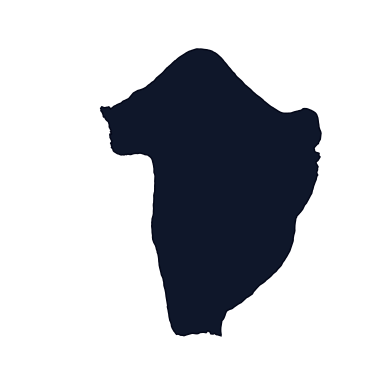 May Aini, Debub, Eritrea, rotated 109°
{"feature_id": "51966322B38754897924097", "entity_name": "May Aini", "entity_type": "district", "adm_level": 2, "iso_a3": "ERI", "parent_name": "Eritrea", "parent_adm1": "Debub", "projection": "mercator", "projection_center": [39.05, 14.783], "detail": "fine", "context": "isolated", "style": "filled", "palette": "ink", "viewbox_px": 384, "rotation_deg": 109, "n_neighbors": 0, "source": "geoboundaries", "source_scale": "gbopen_adm2", "svg_char_len": 5933}
<svg xmlns="http://www.w3.org/2000/svg" viewBox="0 0 384 384"><g transform="rotate(109 192 192)"><path d="M318.5,117.8L317.5,118.0L314.7,119.4L312.8,120.1L310.8,120.7L304.0,121.9L302.4,121.2L301.2,120.9L300.0,120.8L297.9,120.7L296.3,120.8L293.5,120.6L293.1,120.3L292.3,119.8L290.8,118.4L289.6,116.7L288.9,116.0L286.8,114.7L282.7,111.7L280.4,109.5L279.6,109.1L278.4,108.4L275.1,106.7L273.9,106.0L272.9,104.9L271.4,103.8L270.2,102.9L268.9,101.9L268.2,101.7L266.5,101.5L263.4,100.2L262.8,100.0L258.1,97.9L254.5,95.1L252.6,93.9L251.1,93.3L247.9,91.2L245.8,90.0L242.7,88.7L239.6,86.7L237.1,85.9L233.2,84.1L231.9,83.7L229.2,83.4L226.5,82.5L223.5,81.9L222.6,81.6L215.8,80.4L205.8,80.5L204.6,80.7L202.8,81.3L199.9,81.8L196.5,82.0L194.8,82.3L193.4,82.9L190.2,83.9L188.4,84.3L187.0,84.6L185.5,84.8L183.2,85.3L182.1,85.0L180.6,85.1L177.7,83.8L176.8,83.5L175.8,83.0L173.5,82.2L172.3,81.8L167.8,81.3L165.0,80.2L163.9,80.1L161.9,79.7L156.6,78.9L154.3,78.4L151.1,78.8L149.9,78.7L146.9,79.0L142.4,78.9L139.9,78.7L138.1,79.0L136.4,79.1L135.0,78.7L134.1,79.7L133.6,80.0L133.1,80.4L132.4,80.6L130.3,80.5L128.8,81.1L127.1,81.1L125.5,82.8L124.6,83.9L123.9,84.3L123.4,84.4L123.1,84.4L121.1,83.2L117.4,82.4L117.0,82.5L116.6,83.4L116.0,84.1L114.2,84.4L114.0,84.7L114.2,88.1L113.7,89.1L112.8,89.8L111.7,90.3L111.0,91.0L109.1,90.5L105.5,88.9L105.1,88.3L104.1,88.5L103.3,88.4L101.8,88.2L101.2,88.0L100.3,87.9L98.9,88.2L95.4,89.0L94.7,89.1L93.4,89.8L92.7,90.4L92.3,90.7L91.4,91.6L89.3,93.1L86.9,94.2L85.5,95.0L83.6,95.9L82.6,96.4L81.8,96.8L80.9,97.3L78.4,99.3L78.0,99.8L77.3,100.8L77.0,101.5L76.6,102.9L76.4,103.6L76.4,104.4L76.1,105.3L75.9,109.1L75.9,110.1L76.0,111.0L76.6,113.0L77.1,114.0L77.9,114.5L78.6,114.9L79.2,115.4L79.9,116.5L80.5,117.5L81.1,118.3L81.6,119.2L82.7,120.9L83.8,122.4L84.6,123.3L85.4,124.6L86.5,127.4L87.5,130.2L87.8,131.5L87.9,132.6L87.9,134.0L87.8,135.1L87.4,137.2L86.6,140.4L86.5,141.2L86.1,142.4L85.5,145.6L85.3,146.0L84.9,147.3L83.0,152.5L82.8,153.4L82.1,154.5L81.3,156.4L81.1,157.0L80.6,158.4L79.1,163.3L78.3,165.0L78.0,166.0L77.7,166.7L77.2,167.8L76.5,169.0L75.7,170.8L74.7,173.6L74.1,175.0L73.5,176.8L72.9,177.9L71.5,180.2L70.8,181.5L68.5,187.1L67.5,188.8L66.5,189.9L66.1,190.5L65.1,193.0L64.1,194.4L63.8,195.0L63.2,195.8L61.7,198.6L60.3,200.6L59.0,202.8L58.4,204.0L57.3,205.5L55.8,208.1L53.7,213.0L52.9,215.8L52.9,216.9L52.4,218.9L52.4,221.4L52.6,222.4L52.6,223.2L52.7,224.1L53.0,225.5L53.3,226.8L53.7,229.0L54.0,230.2L54.5,231.5L55.1,233.7L55.4,234.4L56.8,236.3L57.3,236.9L58.2,238.2L59.1,239.2L59.9,240.4L61.3,241.7L62.5,242.8L63.5,243.5L66.0,245.5L68.1,247.2L69.8,248.4L71.9,249.6L72.7,249.9L73.4,250.7L76.7,252.5L77.7,252.9L80.0,254.2L80.5,254.6L81.6,255.1L83.0,256.1L83.8,256.4L85.4,257.1L87.3,257.8L89.2,258.7L91.1,259.8L93.2,261.1L94.6,261.9L95.7,262.6L97.1,263.1L98.5,263.6L100.2,264.4L100.5,264.8L101.5,265.6L103.8,266.9L104.5,267.5L105.2,268.0L107.0,269.0L107.7,269.3L109.7,271.1L110.5,271.9L112.3,274.1L113.7,276.2L115.0,277.4L115.7,278.0L117.0,279.2L117.7,279.7L123.8,282.0L124.5,282.4L126.0,283.9L126.5,284.4L127.9,285.8L128.2,286.3L128.9,286.9L130.6,287.7L131.4,288.4L132.1,289.3L133.9,291.3L135.1,292.2L136.2,293.5L137.0,294.0L138.7,295.0L140.0,296.1L138.8,297.7L138.7,298.6L139.8,300.0L139.8,300.5L140.2,300.9L141.0,302.6L140.8,304.6L140.8,305.0L141.6,305.3L142.2,305.2L142.6,305.6L142.9,305.5L143.3,304.9L143.8,304.7L144.8,304.6L145.1,304.2L145.1,303.8L145.3,303.4L145.7,303.2L146.1,302.8L146.0,302.5L146.3,302.1L147.2,301.9L147.6,301.2L148.5,300.8L149.0,300.7L149.5,300.3L149.8,300.0L149.5,299.6L149.6,299.0L149.8,298.7L150.9,297.7L151.8,296.4L152.3,295.3L152.4,294.8L152.6,294.3L153.1,293.7L153.7,293.2L154.8,292.5L155.2,292.1L155.6,291.9L156.3,291.8L156.7,291.7L158.1,290.9L158.3,290.4L158.5,290.1L159.7,289.2L160.1,288.6L160.5,288.3L160.9,288.2L161.5,288.6L162.0,287.8L162.4,287.8L162.8,287.6L163.0,287.3L163.4,287.1L164.0,288.4L164.7,288.3L165.9,287.6L167.1,287.2L168.5,285.8L169.1,285.3L169.4,284.9L169.7,284.5L170.2,284.3L171.0,284.4L171.3,284.1L171.7,283.9L171.8,284.6L172.3,284.8L172.8,284.4L173.2,283.6L173.8,283.6L174.2,283.3L174.6,282.7L175.1,282.5L175.6,282.7L176.2,282.6L176.4,282.0L176.9,281.0L178.6,279.8L179.1,278.9L180.0,275.0L179.9,274.1L179.9,272.8L180.0,272.4L180.0,271.5L179.9,270.9L179.4,270.0L179.3,269.7L179.0,268.3L178.1,267.2L177.9,266.0L177.4,265.6L177.0,264.7L176.7,262.7L176.1,261.5L175.7,261.1L174.7,259.7L174.0,258.4L173.6,257.3L173.4,256.5L173.3,256.0L172.2,254.1L171.9,252.8L171.8,249.8L171.8,249.5L171.9,249.2L171.9,248.5L171.4,246.4L171.4,245.9L172.5,242.5L173.4,241.1L174.5,240.0L176.6,238.7L177.1,238.3L178.5,237.5L179.1,237.1L182.4,235.4L184.9,234.6L186.1,234.1L186.7,233.5L187.3,233.0L188.9,232.1L194.0,230.6L195.6,229.9L198.6,229.1L199.6,228.7L200.9,228.3L203.6,227.4L205.2,227.3L207.5,227.0L210.4,225.9L214.6,224.6L215.3,224.6L217.0,224.2L220.0,222.9L222.9,222.1L224.9,221.4L226.7,221.1L230.5,220.9L231.7,220.5L234.0,220.0L235.4,219.4L237.2,219.0L240.6,217.4L242.0,216.9L243.3,216.4L245.8,215.1L247.7,214.5L249.6,213.6L251.9,211.8L252.7,211.0L254.4,209.1L256.0,207.9L257.7,206.9L259.1,205.7L260.3,205.2L262.0,203.8L264.2,202.6L266.0,201.7L268.4,200.7L270.2,199.8L271.9,199.1L274.4,197.6L277.9,195.3L280.3,193.9L281.9,192.3L283.2,191.2L285.4,190.0L286.1,189.4L289.6,188.0L292.9,185.7L296.0,183.9L299.0,182.5L307.3,178.0L308.4,177.9L308.7,177.8L311.4,176.1L313.3,175.1L315.0,174.1L316.8,173.3L317.7,172.8L320.6,171.1L321.9,169.8L324.2,168.2L325.3,167.8L327.0,166.4L329.5,163.6L329.7,163.0L330.8,161.6L331.6,160.3L331.0,159.2L330.8,157.7L331.1,156.4L330.7,154.9L330.5,154.3L330.5,153.3L330.3,152.6L329.0,151.0L325.6,146.1L325.2,145.0L324.8,142.9L324.6,141.9L324.2,140.8L323.4,139.6L322.4,139.0L321.1,136.2L320.7,135.0L320.5,133.4L320.2,132.7L318.8,132.3L318.2,132.1L318.1,131.0L318.4,130.4L318.3,129.5L319.9,128.1L319.8,127.3L319.4,125.8L318.3,124.7L318.3,124.3L318.7,123.5L318.9,122.4L318.6,121.2L318.5,117.8Z" fill="#0f172a" stroke="#020617" stroke-width="1.5"/></g></svg>